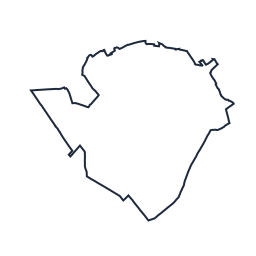 the district of Vorniceni, Botosani, Romania, rotated 188°
{"feature_id": "2599482B8793432480787", "entity_name": "Vorniceni", "entity_type": "district", "adm_level": 2, "iso_a3": "ROU", "parent_name": "Romania", "parent_adm1": "Botosani", "projection": "equal_earth", "projection_center": [26.671, 47.98], "detail": "fine", "context": "isolated", "style": "outline", "palette": "slate", "viewbox_px": 256, "rotation_deg": 188, "n_neighbors": 0, "source": "geoboundaries", "source_scale": "gbopen_adm2", "svg_char_len": 5733}
<svg xmlns="http://www.w3.org/2000/svg" viewBox="0 0 256 256"><g transform="rotate(188 128 128)"><path d="M194.8,158.8L195.3,158.4L195.9,158.1L196.0,158.2L196.9,159.3L199.2,157.9L202.2,156.8L202.7,156.8L203.4,156.9L204.4,156.7L205.5,156.6L206.3,156.4L214.0,154.9L229.3,151.7L228.6,150.9L228.0,150.4L224.3,146.3L223.3,145.2L222.7,144.5L222.1,143.9L218.5,139.8L216.4,137.9L214.5,135.7L213.7,134.9L212.7,133.7L211.2,132.1L207.5,127.9L207.1,127.6L206.6,126.9L200.3,120.1L200.5,120.0L200.3,119.7L200.0,119.5L199.1,118.7L197.6,117.6L197.4,117.3L196.9,116.6L195.7,115.2L195.4,114.8L195.2,114.8L194.8,114.3L194.6,113.9L193.2,112.2L192.9,111.8L190.0,108.4L184.6,102.5L180.0,97.7L182.9,93.3L182.0,92.6L181.1,91.8L180.6,92.5L180.0,93.3L179.4,94.4L173.1,103.9L169.9,100.8L168.2,99.2L167.6,98.5L167.3,98.0L167.2,97.5L167.2,96.1L166.9,95.1L166.7,94.5L166.7,93.6L166.6,93.2L166.1,88.6L165.8,87.8L165.7,86.5L165.4,84.3L164.9,82.8L164.0,80.9L163.3,79.8L162.8,78.7L162.6,77.4L162.3,76.0L162.0,74.4L160.7,73.8L158.4,72.8L156.3,71.9L153.8,71.0L149.3,69.0L145.7,67.6L139.3,64.9L137.5,64.2L136.0,63.5L127.1,59.7L126.4,59.3L126.0,58.9L122.6,55.6L121.1,57.4L118.2,61.3L118.1,61.2L117.5,60.5L114.9,58.4L113.3,56.9L111.6,55.1L107.0,50.8L105.8,49.7L104.7,48.4L103.5,47.5L102.8,46.8L102.1,46.2L101.0,45.1L99.6,43.9L94.9,39.3L89.7,41.9L89.1,42.1L85.5,46.3L83.2,48.5L81.8,50.2L80.3,51.7L79.7,52.4L77.8,54.5L72.9,59.7L71.7,61.3L70.1,63.9L68.2,66.6L68.0,67.2L67.8,68.4L67.4,69.6L67.2,70.9L67.0,71.9L66.4,73.6L66.1,74.3L65.9,75.6L65.4,76.8L65.0,78.2L64.7,79.0L64.7,79.8L64.5,82.9L64.3,83.7L64.1,84.7L62.6,91.5L62.4,92.5L61.7,95.3L61.3,96.2L61.2,97.1L61.0,97.6L60.9,98.1L60.6,99.3L60.4,99.8L60.2,100.5L59.9,101.3L59.5,102.1L58.7,104.1L58.6,104.4L58.3,104.9L58.2,105.4L57.4,107.3L57.2,107.9L56.7,108.9L55.4,113.0L53.7,116.7L52.9,118.8L51.9,121.1L50.2,125.6L48.4,131.0L48.1,131.7L48.0,132.0L47.8,132.4L47.5,133.1L47.4,133.2L47.2,133.6L45.9,137.3L44.8,137.6L43.7,138.0L42.8,138.1L41.8,138.4L41.0,138.5L40.3,138.4L39.5,138.4L39.0,138.5L37.8,139.2L37.3,139.4L36.4,140.1L35.2,140.8L33.8,142.0L33.4,142.3L32.9,142.7L32.4,143.5L32.2,143.8L28.9,146.5L28.2,146.9L29.5,150.0L29.9,151.3L31.1,154.1L31.5,155.1L32.6,157.7L33.6,160.2L31.0,162.7L26.7,166.7L27.1,167.4L28.0,167.9L29.8,168.7L30.4,168.8L31.0,169.2L31.5,169.0L32.0,169.0L32.3,169.3L32.7,169.8L32.9,169.9L34.2,169.8L34.6,169.6L35.1,169.8L35.8,169.9L37.6,171.0L38.2,171.5L38.8,171.8L40.3,173.0L40.5,173.3L40.5,173.7L40.7,173.8L41.1,174.3L42.2,176.7L43.3,178.5L43.4,178.9L43.8,179.3L44.8,179.9L44.9,180.0L45.2,180.5L45.8,181.2L46.1,181.8L47.1,183.2L47.2,183.3L46.9,183.9L46.8,184.4L47.2,184.6L47.8,185.6L48.2,186.3L49.0,187.3L49.8,188.2L50.3,188.5L50.5,188.8L52.2,190.7L54.3,193.8L54.0,194.1L54.0,194.3L53.9,194.8L53.7,195.0L53.8,195.4L53.6,195.7L53.5,196.1L53.5,196.4L53.2,197.1L51.2,199.7L49.9,201.2L48.7,202.9L48.0,203.7L48.5,204.1L48.9,204.4L49.5,205.0L50.6,206.5L51.7,207.6L51.9,208.1L53.0,207.6L53.2,208.1L53.7,208.1L53.4,207.7L53.5,207.5L53.8,207.5L53.8,207.0L54.0,206.5L54.5,206.1L54.8,205.8L55.1,205.6L55.3,205.4L55.4,205.0L56.0,204.4L56.5,204.1L57.3,203.1L59.6,201.5L59.8,201.5L60.5,202.4L60.8,202.7L61.4,203.6L61.8,203.9L62.1,204.2L62.4,204.8L62.7,205.1L63.4,205.7L64.8,205.0L64.5,204.7L66.5,203.4L65.5,202.5L63.9,201.2L63.1,200.4L63.2,200.2L63.3,200.1L63.5,200.1L65.6,200.0L66.9,200.2L67.7,200.3L69.8,200.2L70.5,200.6L70.6,201.0L71.5,202.4L73.7,205.0L75.0,206.4L79.7,211.5L80.1,212.3L84.2,212.7L88.1,212.9L88.2,213.5L88.6,213.3L89.9,213.2L90.3,213.1L91.0,212.5L91.5,212.3L92.1,212.4L92.4,212.8L92.4,213.0L97.3,213.1L100.2,213.0L102.1,213.1L102.2,213.6L103.1,213.9L103.9,214.3L105.9,215.7L106.4,215.9L107.4,216.0L109.1,216.5L108.9,216.2L108.8,215.6L108.5,215.1L108.6,214.9L108.7,214.6L108.6,214.2L108.7,213.6L108.7,213.2L113.5,213.1L113.7,214.5L116.8,214.4L118.5,214.2L119.4,214.1L121.2,213.6L121.4,213.8L121.6,213.9L121.9,214.2L122.4,214.6L122.5,214.9L122.8,216.7L125.4,216.1L129.3,214.8L134.1,212.8L139.1,210.4L139.6,210.5L142.3,208.7L144.1,207.2L146.3,205.8L146.7,205.4L147.0,205.1L147.0,204.9L146.9,204.6L147.5,205.2L148.6,205.9L149.2,206.0L149.7,206.3L150.0,206.3L150.3,206.3L151.1,205.8L151.9,205.6L152.4,205.4L152.7,204.9L152.7,204.6L152.5,204.1L152.0,203.5L151.9,203.3L151.9,202.8L152.0,202.4L152.9,201.8L155.2,199.8L154.7,199.7L154.4,199.6L154.3,199.4L154.2,199.1L154.3,198.9L154.5,198.7L155.4,198.3L156.1,197.9L156.9,197.6L157.5,197.3L157.7,197.0L157.9,196.8L158.2,196.8L158.3,196.9L158.7,196.9L158.8,196.9L160.2,198.5L160.7,199.2L161.0,199.6L161.2,200.2L161.6,200.6L161.8,200.8L162.1,201.7L162.5,202.1L162.9,201.9L162.5,201.3L164.0,200.5L165.5,200.5L166.1,200.3L169.9,196.9L172.0,194.6L172.9,193.8L173.2,193.7L174.1,194.8L174.4,195.0L174.8,195.2L175.3,195.2L175.7,195.0L176.2,194.6L176.7,194.1L177.4,192.8L177.5,192.7L177.7,192.2L177.7,191.8L178.0,191.7L177.9,191.4L177.9,191.1L178.1,190.5L178.2,189.8L178.2,189.5L178.5,188.8L178.5,188.4L178.6,188.0L179.0,187.1L179.1,186.8L179.2,186.5L179.4,185.7L179.6,185.4L179.8,184.8L180.1,184.4L180.1,184.0L180.2,183.8L180.8,182.8L180.9,182.4L180.9,181.9L180.9,181.7L181.2,181.2L181.0,180.7L181.1,179.5L181.2,178.3L180.9,177.8L180.8,177.5L180.7,174.2L178.8,173.7L178.4,173.5L178.0,173.1L173.5,167.8L171.3,165.4L170.7,164.8L169.6,163.4L168.6,162.3L168.2,161.9L167.6,161.5L166.2,160.7L164.5,159.3L163.6,158.3L163.3,158.1L163.0,158.0L161.6,156.5L161.8,156.1L161.9,155.9L162.3,155.1L166.5,148.8L167.5,147.1L167.7,146.8L168.2,146.3L168.9,145.8L169.0,145.6L169.1,145.4L169.3,144.9L169.4,144.1L170.2,143.0L171.6,143.2L176.2,144.2L178.5,144.6L181.2,145.1L182.9,145.3L184.1,145.3L186.5,144.8L187.7,147.4L189.1,150.3L189.2,150.7L189.8,151.8L190.7,153.8L191.6,155.3L192.1,155.9L193.1,157.4L193.7,158.0L194.8,158.8Z" fill="none" stroke="#1e293b" stroke-width="2"/></g></svg>